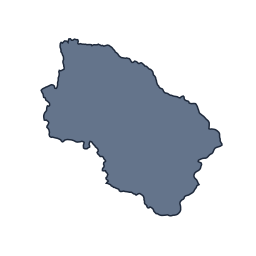 the district of Gameleiras, Minas Gerais, Brazil, rotated 19°
{"feature_id": "56859067B89817296937915", "entity_name": "Gameleiras", "entity_type": "district", "adm_level": 2, "iso_a3": "BRA", "parent_name": "Brazil", "parent_adm1": "Minas Gerais", "projection": "albers", "projection_center": [-43.269, -14.981], "detail": "fine", "context": "isolated", "style": "filled", "palette": "slate", "viewbox_px": 256, "rotation_deg": 19, "n_neighbors": 0, "source": "geoboundaries", "source_scale": "gbopen_adm2", "svg_char_len": 5541}
<svg xmlns="http://www.w3.org/2000/svg" viewBox="0 0 256 256"><g transform="rotate(19 128 128)"><path d="M36.5,70.1L36.8,71.4L37.0,72.3L37.6,73.8L38.6,75.0L39.3,76.2L39.8,77.8L41.2,78.7L41.9,79.7L42.6,80.6L43.5,81.3L44.1,82.5L44.8,84.3L44.7,85.8L45.1,87.1L45.9,88.3L46.7,89.3L47.1,90.4L48.0,91.6L48.4,93.2L47.5,94.1L46.5,95.2L45.5,95.9L44.3,95.9L44.3,97.4L45.3,99.0L45.7,100.6L45.8,102.0L45.7,103.2L46.0,104.2L46.5,105.5L46.6,107.0L46.7,108.3L47.3,109.7L47.6,111.4L47.6,113.0L47.2,114.0L45.9,114.2L45.2,113.3L44.8,112.4L43.3,111.8L41.8,111.9L41.0,112.4L40.1,113.3L39.2,114.2L38.1,115.3L37.0,116.1L36.3,117.0L35.3,117.9L34.4,118.9L33.6,120.6L35.0,122.2L36.5,123.4L37.4,124.9L38.3,126.5L39.7,126.4L40.6,127.4L41.1,128.3L42.5,128.7L44.0,129.3L45.6,130.1L46.2,131.1L46.5,132.1L45.9,133.3L44.6,133.3L44.5,134.6L44.8,136.1L45.3,138.0L44.8,139.4L44.3,140.8L44.2,142.4L44.3,143.7L44.7,144.9L45.5,146.5L46.3,147.8L47.2,147.6L48.3,147.1L49.5,147.5L50.6,147.9L51.3,148.7L51.4,149.9L51.2,151.3L50.8,152.5L51.1,153.8L52.3,154.3L53.3,155.0L54.0,155.7L54.5,156.6L55.1,157.5L55.3,158.7L55.6,160.0L56.7,161.4L58.4,161.8L59.5,161.2L60.9,161.1L62.2,161.0L63.4,160.9L64.5,160.7L65.7,160.8L66.9,160.9L68.2,161.1L69.1,161.9L70.4,162.5L71.4,161.7L72.0,160.2L73.3,159.2L74.7,158.5L76.1,158.2L77.6,157.8L78.7,157.6L80.0,157.6L81.1,157.6L82.2,157.8L83.4,158.0L84.7,157.8L86.4,157.0L87.6,156.4L88.5,155.7L89.8,155.5L91.2,155.8L91.4,157.3L91.4,158.8L91.9,160.1L92.5,161.4L93.8,161.7L94.9,161.4L96.1,160.9L96.9,159.5L97.9,158.6L97.6,157.4L96.6,156.4L96.3,154.6L96.5,153.0L98.1,152.9L99.3,153.8L100.4,154.6L101.3,155.1L102.3,155.4L103.2,156.4L104.6,156.8L105.8,157.4L106.7,158.1L107.4,159.6L106.7,161.1L107.8,162.3L109.1,162.8L109.9,163.4L111.0,164.0L112.0,163.6L113.1,163.3L114.3,163.8L115.3,165.0L116.5,165.6L117.6,166.5L117.2,167.5L116.4,168.4L116.6,170.1L117.6,171.2L118.0,172.6L117.4,173.8L117.2,175.1L117.7,176.6L119.2,176.4L120.6,175.7L121.4,176.7L123.0,177.5L124.1,178.6L124.0,179.8L124.1,181.0L123.4,182.0L123.8,183.2L124.9,183.8L126.0,184.0L126.6,185.0L125.9,186.0L125.5,187.3L126.8,187.0L128.3,187.2L129.9,187.3L131.1,188.2L132.5,188.2L133.6,188.8L134.8,188.5L136.2,188.8L137.9,188.8L139.3,189.0L140.3,190.2L141.8,190.5L143.2,189.8L144.3,189.1L146.0,189.0L147.6,188.6L148.9,188.4L150.5,188.2L152.1,187.6L153.5,188.0L154.8,188.4L156.0,188.2L157.5,188.8L158.4,187.8L159.2,186.8L160.6,186.1L162.4,186.6L164.1,187.1L165.2,188.0L166.1,189.3L166.5,190.7L167.4,191.7L167.8,193.0L168.4,194.1L169.8,194.7L171.0,195.2L171.5,196.2L172.7,197.0L173.7,196.8L174.6,195.5L175.8,195.6L177.0,196.0L178.4,196.7L179.6,198.3L181.1,199.1L182.5,199.8L183.6,199.4L185.2,199.8L186.5,199.9L187.8,199.8L189.3,199.3L190.7,198.7L192.0,198.1L193.7,197.2L195.2,197.4L196.4,197.3L197.6,196.8L199.0,195.8L200.5,195.2L201.8,194.4L202.9,193.4L203.6,192.2L204.3,190.5L204.5,189.0L204.3,187.8L203.9,186.8L203.5,185.6L202.9,184.4L202.1,183.3L201.5,182.3L201.4,180.7L202.0,179.2L202.7,178.0L203.5,177.3L203.9,176.1L203.8,174.6L204.6,173.4L205.8,172.5L207.1,171.7L208.5,170.0L210.0,168.2L210.6,167.1L210.9,166.0L211.1,164.6L211.5,163.3L211.9,162.2L211.9,160.9L212.1,159.8L212.9,159.1L213.6,158.4L212.7,157.7L211.9,157.0L211.0,155.9L209.7,154.7L208.6,154.2L207.7,153.8L206.7,153.0L205.9,152.0L205.7,150.9L205.7,149.6L205.9,148.6L206.4,147.7L207.3,146.5L208.6,145.1L209.3,143.8L209.6,142.8L209.6,141.8L209.4,140.6L209.5,139.4L209.4,138.3L208.5,137.2L206.7,137.1L205.3,136.9L205.1,135.6L206.1,134.5L207.4,133.3L208.4,132.5L209.8,131.8L211.3,131.2L212.2,130.4L213.0,128.9L213.4,127.8L213.9,126.8L214.6,125.8L215.6,124.9L216.2,123.5L216.3,122.0L216.4,120.4L216.8,118.9L217.8,117.7L219.0,116.8L220.1,116.0L221.3,115.0L222.4,113.6L221.9,112.4L220.9,111.7L220.1,111.0L219.4,110.2L219.0,109.2L218.6,108.2L217.8,107.2L217.1,105.5L216.5,103.8L215.4,102.6L214.1,102.0L213.2,101.6L211.7,101.2L210.6,101.1L209.4,101.3L208.3,101.5L207.3,101.7L206.2,102.3L204.7,102.3L204.4,100.9L204.0,99.4L203.5,97.8L202.9,96.4L201.5,95.2L200.2,94.6L199.1,94.2L197.9,93.5L196.6,92.8L195.6,92.3L194.2,91.9L192.6,91.3L191.3,90.9L190.4,90.3L189.5,89.0L188.6,87.8L187.6,86.6L186.6,85.2L185.3,84.0L184.0,83.0L182.5,83.3L181.5,83.7L180.1,84.3L178.6,84.5L177.6,84.4L176.9,83.4L175.9,83.0L174.8,83.2L173.2,83.1L172.0,82.5L171.3,81.4L170.9,80.4L169.8,79.8L168.7,80.6L167.9,81.6L167.4,82.6L166.4,82.7L165.3,82.6L164.3,82.4L162.6,82.7L161.0,83.0L159.6,83.0L158.5,82.9L157.5,83.2L156.1,83.0L154.5,82.5L153.1,82.5L152.0,82.8L151.0,82.5L149.8,81.9L148.9,80.8L147.8,79.9L145.3,79.8L144.0,79.1L143.3,78.3L141.9,77.6L140.9,76.4L140.1,75.3L139.4,73.9L138.4,72.7L137.7,71.4L136.7,70.5L135.7,69.9L134.7,69.5L134.0,68.2L133.2,66.9L132.3,66.2L131.2,65.6L130.1,65.2L129.0,65.4L127.9,64.9L126.9,64.4L125.5,63.7L123.6,63.9L122.5,63.1L121.4,62.7L120.5,62.3L119.5,62.0L118.5,62.4L117.9,63.2L116.8,63.6L115.3,62.8L113.7,62.5L112.5,62.6L111.7,64.1L110.5,64.7L109.2,64.0L108.1,62.9L106.6,62.0L105.3,62.2L103.9,62.2L102.9,62.9L101.7,63.1L99.8,63.4L98.8,63.6L97.6,63.3L96.3,62.9L95.2,62.1L94.0,61.2L92.8,60.7L91.2,60.3L90.5,59.5L89.3,58.7L88.0,58.1L87.1,57.4L85.9,56.9L84.3,56.5L83.1,56.1L81.5,56.3L80.7,56.9L79.7,57.6L78.5,58.5L77.0,58.2L75.8,58.9L74.7,58.6L73.6,58.6L72.6,58.4L71.9,59.3L70.4,59.9L68.8,60.3L67.8,61.0L67.1,61.9L66.2,61.2L64.7,61.5L63.2,62.1L62.0,62.6L60.6,62.6L59.7,63.0L58.4,63.3L57.2,63.7L55.6,63.7L54.1,64.7L53.1,64.5L52.8,63.5L52.7,62.1L51.7,60.9L50.5,61.3L48.4,61.4L47.2,63.0L46.0,63.4L44.5,62.4L43.1,63.0L43.1,64.0L43.5,66.7L41.9,65.8L39.7,66.3L38.3,69.1L36.9,68.8L36.5,70.1Z" fill="#64748b" stroke="#1e293b" stroke-width="1.5"/></g></svg>